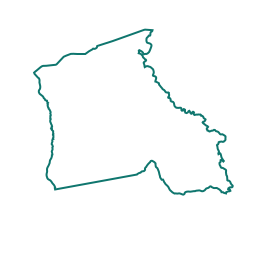 Paranaíta, Mato Grosso, Brazil, rotated 164°
{"feature_id": "56859067B42865578670852", "entity_name": "Paranaíta", "entity_type": "district", "adm_level": 2, "iso_a3": "BRA", "parent_name": "Brazil", "parent_adm1": "Mato Grosso", "projection": "robinson", "projection_center": [-56.79, -9.567], "detail": "fine", "context": "isolated", "style": "outline", "palette": "teal", "viewbox_px": 256, "rotation_deg": 164, "n_neighbors": 0, "source": "geoboundaries", "source_scale": "gbopen_adm2", "svg_char_len": 5670}
<svg xmlns="http://www.w3.org/2000/svg" viewBox="0 0 256 256"><g transform="rotate(164 128 128)"><path d="M51.8,38.1L51.3,39.2L48.7,39.5L47.8,39.2L46.9,39.4L47.0,40.5L47.6,41.4L48.5,41.7L48.2,42.3L46.9,42.8L46.2,42.8L45.4,42.6L44.3,42.4L43.6,42.8L43.3,43.8L44.1,45.2L44.5,46.5L44.5,47.2L44.6,48.0L45.0,48.9L45.6,49.6L46.5,49.9L46.9,50.4L46.2,53.6L46.1,54.5L46.4,55.2L46.4,56.0L46.0,58.7L45.5,59.7L45.4,60.5L45.7,61.1L47.6,63.2L48.3,63.7L49.2,64.0L49.6,64.8L49.6,65.7L49.9,66.6L50.0,67.5L49.9,68.4L49.7,69.2L48.4,69.9L48.1,70.9L47.8,71.6L47.0,71.5L46.5,71.1L46.2,70.5L45.6,69.5L45.0,69.9L45.4,70.9L45.9,72.6L46.2,73.6L46.2,74.7L46.1,76.6L46.2,77.8L46.6,78.4L47.4,78.1L48.2,77.9L48.2,78.6L47.3,79.9L47.0,80.5L47.4,82.5L47.5,83.4L47.2,85.3L47.2,87.0L46.7,87.4L45.9,87.5L45.2,88.3L44.8,89.3L44.1,89.5L43.1,89.3L42.4,89.3L41.7,89.1L40.6,88.5L39.7,88.5L38.9,89.0L38.0,89.3L37.5,90.0L37.1,91.5L36.8,92.2L36.6,93.1L37.2,94.1L38.9,95.9L40.7,96.3L41.2,96.8L42.0,98.7L42.4,99.4L43.1,100.0L44.3,100.7L44.7,101.4L45.0,102.1L45.8,102.5L47.3,102.1L48.6,102.4L49.4,102.2L50.0,102.2L50.7,102.2L51.1,102.6L51.4,103.3L52.3,103.6L52.6,105.3L52.3,106.0L51.5,106.4L50.7,107.0L51.1,107.9L52.1,108.7L53.4,110.5L54.5,112.0L54.7,112.8L54.0,113.3L53.3,113.2L52.4,113.5L51.7,114.0L51.1,114.9L51.8,115.8L52.4,116.5L52.6,117.3L52.6,118.2L53.3,119.2L54.3,119.6L54.3,120.5L54.7,121.0L55.4,121.1L56.2,121.5L57.9,121.8L58.8,122.1L60.5,122.2L61.1,123.1L61.0,123.8L60.3,124.5L60.5,125.3L61.0,125.7L61.9,125.4L62.5,124.7L63.3,124.3L63.7,124.8L63.9,125.6L64.0,126.6L64.3,127.6L65.1,127.5L65.8,126.8L66.4,126.4L67.6,126.2L68.7,127.0L68.7,128.1L68.2,129.8L68.7,130.5L69.3,130.8L69.9,130.3L70.4,129.6L71.4,129.8L71.7,130.4L71.3,132.0L71.6,132.8L72.2,133.1L74.3,133.5L76.0,134.2L77.1,135.9L77.2,136.9L77.0,139.1L77.1,139.8L77.4,140.5L78.1,141.1L79.0,141.5L79.5,142.4L79.3,143.3L79.1,143.9L79.8,145.7L80.8,145.8L80.9,146.5L79.9,147.4L79.5,148.0L79.3,148.6L79.3,149.6L79.0,150.5L79.4,151.0L80.1,151.1L81.0,151.5L81.6,151.8L82.0,152.4L82.4,153.7L82.7,154.4L84.0,155.8L84.2,156.6L84.6,157.5L85.3,159.0L85.7,160.2L86.2,161.1L86.0,161.8L86.0,162.6L88.1,164.6L88.9,165.1L88.5,166.0L88.0,166.7L87.2,168.1L87.0,169.0L87.5,170.0L89.4,171.2L89.5,171.9L88.8,172.8L88.0,174.0L87.8,174.8L87.7,175.6L87.7,177.4L88.8,179.2L89.4,180.1L90.1,180.8L90.9,181.2L91.9,182.0L93.4,182.3L95.1,181.9L95.1,182.9L94.9,183.7L94.9,184.9L95.0,186.3L94.5,186.9L93.7,187.1L93.1,187.5L92.4,187.6L91.9,188.2L92.1,188.9L92.8,189.5L93.2,190.5L93.8,191.3L94.1,192.2L94.0,193.2L95.0,195.2L95.4,195.8L97.1,196.9L96.5,197.8L96.3,199.4L95.7,199.7L95.0,199.1L94.0,198.1L93.5,197.5L92.9,196.4L92.8,195.2L92.2,194.5L91.2,194.5L89.8,194.1L88.6,194.3L86.8,195.2L85.4,196.8L83.4,199.5L82.8,200.5L82.6,201.3L82.9,202.2L83.3,202.8L84.1,203.5L85.2,204.1L85.7,204.5L86.2,205.0L86.3,205.9L86.2,207.0L85.9,207.8L85.7,208.6L85.1,209.4L83.5,210.3L82.5,211.1L81.6,210.7L80.9,211.2L80.5,212.4L80.1,213.4L79.4,214.0L78.5,214.2L77.9,214.6L77.5,215.3L83.8,217.6L84.9,217.9L85.6,217.9L118.7,215.8L124.4,215.6L125.3,215.6L135.0,215.3L135.7,214.0L136.4,213.6L137.4,213.3L138.3,213.3L138.9,213.5L139.6,213.9L140.6,213.4L144.3,212.5L148.7,210.9L156.6,213.2L160.4,214.5L161.0,214.6L162.6,215.0L167.4,214.6L170.2,214.2L179.1,208.9L180.0,208.7L189.2,210.3L192.5,211.1L193.1,211.1L194.0,211.0L195.4,210.5L200.1,208.4L201.6,207.8L203.0,207.1L202.9,205.8L200.7,201.3L199.9,200.3L199.8,199.2L199.9,198.2L200.6,196.1L200.7,194.4L200.8,192.5L201.1,191.4L201.4,190.6L202.0,189.7L203.1,188.8L203.5,188.2L203.8,187.1L203.6,185.5L203.2,184.8L202.6,184.0L202.2,183.4L201.3,182.2L200.9,181.3L200.7,179.8L200.3,179.4L200.0,178.7L199.8,177.5L198.4,176.6L198.6,175.8L198.3,174.9L197.9,174.2L198.8,173.5L198.6,172.4L199.1,171.7L199.1,169.9L198.8,169.3L199.0,168.5L198.4,167.4L198.2,166.0L198.0,165.3L198.1,164.3L198.7,163.5L198.6,162.4L198.8,161.4L199.4,161.0L199.5,160.2L200.1,158.6L199.8,157.9L200.4,157.3L200.9,156.1L201.0,155.0L200.8,154.0L200.8,153.1L200.6,152.2L200.5,151.3L200.6,150.2L201.4,149.8L201.2,149.0L201.3,148.3L202.0,148.3L201.7,147.1L200.8,145.6L201.1,144.7L201.4,143.6L201.3,142.9L201.9,142.6L202.1,142.0L201.8,141.4L202.0,140.6L202.3,139.5L203.0,138.9L202.8,138.0L203.5,137.9L204.2,137.1L204.4,135.8L205.4,134.4L205.8,133.5L205.4,132.3L205.4,130.8L206.1,130.1L206.3,128.5L207.0,127.4L207.7,126.6L207.8,125.9L207.8,124.7L208.0,123.2L208.7,122.9L208.9,121.9L209.9,120.3L210.7,119.5L211.8,118.5L212.2,117.8L213.0,115.9L214.6,113.9L216.2,112.3L216.9,111.4L217.4,110.1L217.6,108.8L218.1,107.7L218.6,106.9L219.1,105.8L219.4,104.5L219.4,103.5L219.3,101.7L218.9,100.9L218.5,100.4L217.1,99.0L216.4,97.5L216.0,96.0L214.8,93.4L214.6,92.5L214.4,90.9L214.9,90.6L215.0,89.0L132.2,80.8L131.6,81.2L129.5,81.7L128.9,81.6L128.1,81.7L127.5,82.1L126.8,82.4L124.6,82.2L124.0,82.4L123.1,83.1L123.0,84.0L122.6,84.7L121.9,85.3L121.3,85.5L120.3,86.5L118.7,87.7L116.8,88.8L116.2,89.0L115.7,89.6L115.1,90.0L114.4,90.0L113.7,89.7L112.1,88.0L111.3,86.4L111.6,85.4L111.9,83.5L111.8,82.7L110.9,81.4L110.7,80.5L110.4,77.5L110.6,74.2L110.5,73.4L110.7,71.9L110.6,71.2L109.9,69.0L108.6,68.8L108.4,68.1L108.2,66.5L108.0,65.6L107.7,64.9L107.5,64.0L107.2,63.4L106.1,61.6L105.5,60.3L104.9,57.2L104.6,56.5L103.0,53.9L101.4,52.2L100.6,52.1L98.5,51.3L97.0,51.1L96.4,50.9L95.1,50.0L93.8,49.0L93.0,48.7L92.3,48.9L91.7,49.3L91.3,50.0L90.5,50.5L89.0,50.6L87.5,50.3L85.7,49.6L83.4,49.3L81.8,49.1L81.1,48.8L80.4,48.9L79.6,48.9L76.8,48.4L76.1,48.1L74.5,46.9L73.9,46.7L73.0,46.6L71.4,47.0L69.6,48.2L68.9,48.3L67.6,48.3L66.9,48.4L65.6,49.1L64.9,49.2L64.2,48.8L63.9,48.2L62.2,46.7L61.4,46.4L59.2,45.9L56.9,43.5L56.4,42.4L55.8,41.6L55.8,40.5L54.1,39.9L53.7,39.2L51.8,38.1Z" fill="none" stroke="#0f766e" stroke-width="2"/></g></svg>